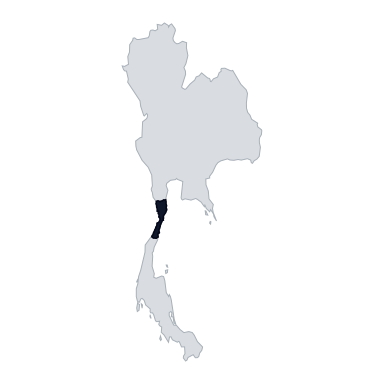 Thailand, with Prachuap Khiri Khan highlighted
{"feature_id": "THA-420", "entity_name": "Prachuap Khiri Khan", "entity_type": "Province", "adm_level": 1, "iso_a3": "THA", "parent_name": "Thailand", "parent_adm1": "", "projection": "equal_earth", "projection_center": [99.562, 11.796], "detail": "fine", "context": "in_parent", "style": "filled", "palette": "ink", "viewbox_px": 384, "rotation_deg": 0, "n_neighbors": 0, "source": "natural_earth", "source_scale": "10m", "svg_char_len": 6142}
<svg xmlns="http://www.w3.org/2000/svg" viewBox="0 0 384 384"><path d="M168.3,25.5L168.6,27.1L169.9,24.9L171.6,23.9L175.0,28.6L175.4,30.6L172.9,38.0L173.3,40.5L174.9,42.6L176.8,43.8L178.8,43.5L182.5,41.3L186.6,42.7L186.4,47.7L187.9,55.6L185.9,63.7L183.9,67.6L185.4,71.1L185.6,74.4L181.6,87.0L182.4,88.0L184.9,89.4L186.0,88.9L190.1,84.0L194.7,80.1L196.2,76.9L199.1,75.8L201.6,72.9L207.7,78.0L209.3,78.4L210.0,79.3L210.4,81.4L211.1,81.7L213.5,78.8L217.6,77.0L219.2,72.6L221.2,71.3L220.9,69.2L221.6,68.4L224.9,68.2L230.0,70.5L231.8,70.9L232.7,70.4L240.9,84.4L246.2,89.8L247.5,93.4L246.4,102.9L246.5,108.2L247.7,112.4L250.0,115.2L251.6,119.3L257.7,123.2L257.2,124.3L257.7,126.8L261.5,129.8L261.8,130.7L261.4,134.6L259.7,137.5L259.3,139.8L259.4,142.8L260.4,147.2L259.2,156.4L257.0,159.0L254.1,160.8L252.5,163.3L251.3,162.7L250.7,160.1L247.4,158.7L241.2,160.1L238.1,159.5L233.9,160.3L229.9,160.0L227.5,158.9L220.7,160.9L217.8,162.7L215.8,165.4L212.7,172.1L209.6,176.3L209.7,178.0L205.8,179.0L206.0,184.8L208.3,191.0L209.0,198.9L213.3,204.5L212.5,208.4L213.1,212.2L216.5,221.0L214.0,216.8L213.5,214.0L210.6,209.6L209.7,211.8L206.3,208.5L204.9,205.2L204.4,206.7L201.1,202.1L197.7,199.6L195.8,198.5L191.0,200.1L185.0,198.8L182.6,200.0L181.7,199.3L181.1,197.9L182.8,181.5L177.5,179.4L176.6,178.4L175.5,179.6L170.4,180.3L166.7,183.3L166.2,185.8L167.9,190.3L165.8,198.5L166.5,206.1L166.2,210.4L163.6,215.7L163.0,220.0L160.1,226.6L158.1,234.9L157.7,239.8L154.2,247.1L153.4,251.3L152.2,252.9L152.7,256.2L152.1,266.4L154.3,273.7L153.7,277.2L156.1,278.3L161.7,276.0L163.6,276.6L164.8,280.7L166.3,292.7L168.7,296.5L169.3,294.6L170.4,296.5L171.3,300.1L174.2,319.2L175.8,324.2L174.0,322.9L173.0,316.9L171.3,316.7L171.9,312.9L170.9,311.5L169.2,312.6L169.2,315.6L173.7,325.1L176.5,325.4L180.1,329.6L183.9,332.6L188.8,331.6L192.2,332.5L194.2,335.1L197.4,341.6L202.6,347.0L201.8,350.3L199.7,353.0L198.7,356.6L197.2,357.7L195.3,357.7L193.2,354.7L188.1,357.4L186.9,360.2L185.6,361.0L183.3,357.9L183.5,356.1L185.0,353.6L184.6,346.9L181.5,346.9L179.4,341.9L178.8,341.4L177.3,342.2L172.4,339.8L171.0,336.8L169.5,337.0L168.5,342.3L164.2,335.2L161.3,332.3L161.7,327.0L159.7,325.8L158.8,324.4L159.6,321.2L156.8,321.7L155.5,320.8L153.8,315.1L152.5,312.8L150.7,312.8L150.1,311.7L150.2,308.9L145.7,305.0L144.2,300.4L142.1,298.4L140.8,299.0L139.4,302.2L138.4,302.0L137.4,301.1L136.3,296.6L136.3,288.6L137.8,284.0L138.6,276.6L140.7,270.3L145.0,252.2L145.2,245.0L152.6,234.8L157.5,223.2L159.1,221.5L159.9,219.3L157.3,209.9L156.1,203.4L156.3,201.7L153.1,197.3L152.3,192.3L151.5,190.7L151.2,189.0L152.4,186.0L151.7,175.0L148.3,167.4L142.1,160.3L136.7,149.9L135.9,146.2L135.7,141.0L140.2,137.6L141.9,137.3L142.6,121.8L146.4,118.8L147.2,117.6L147.6,114.9L146.7,113.5L144.2,116.0L143.7,115.4L140.7,106.3L140.0,100.8L127.7,82.2L128.3,79.1L126.5,71.1L124.7,70.9L123.5,69.5L122.2,65.9L124.6,66.4L128.5,64.3L127.8,56.6L129.5,52.1L129.7,44.7L132.7,40.3L133.1,38.2L134.7,37.9L136.8,39.5L139.0,39.5L148.2,37.7L149.3,35.7L149.9,31.6L150.8,30.3L152.9,30.0L155.2,30.8L157.7,29.2L157.2,24.4L161.6,25.3L164.4,23.0L168.3,25.5ZM139.6,304.4L139.0,310.3L137.3,311.5L136.7,308.0L137.7,302.5L138.2,303.8L139.6,304.4ZM167.7,269.8L167.4,272.6L165.8,273.5L165.4,270.4L167.7,269.8ZM205.9,211.0L207.8,215.1L205.7,214.7L205.2,210.8L205.9,211.0ZM160.7,340.5L159.7,338.8L160.5,336.0L161.4,339.4L160.7,340.5ZM142.5,305.0L142.1,308.2L141.3,303.8L142.5,305.0ZM167.7,267.2L166.9,266.9L166.2,265.0L167.2,265.0L167.7,267.2ZM150.1,314.7L151.1,318.5L150.0,316.8L150.1,314.7ZM210.9,221.7L210.6,224.1L209.6,223.1L210.2,221.4L210.9,221.7ZM137.6,281.4L136.5,282.3L137.4,280.1L137.6,281.4Z" fill="#d9dde1" stroke="#a8b0b8" stroke-width="1"/><path d="M157.3,211.4L157.1,211.3L157.0,210.9L157.1,210.7L157.3,210.5L157.4,210.3L157.5,210.0L157.4,209.8L157.2,209.3L157.1,209.1L157.1,208.8L157.2,208.4L157.1,208.1L157.0,207.9L156.7,207.5L156.7,207.2L156.6,206.8L156.6,205.5L156.4,205.0L156.1,204.1L156.0,203.6L156.0,203.4L156.2,202.9L156.3,202.6L156.3,202.1L156.3,201.6L156.3,201.3L156.8,201.1L157.5,200.9L157.8,200.8L158.2,200.8L159.1,201.1L159.3,201.2L159.3,201.3L159.4,201.5L159.5,201.6L159.8,201.8L160.0,201.8L160.1,201.7L160.3,201.4L160.5,201.4L160.7,201.2L160.8,201.1L161.5,200.9L162.1,201.0L162.3,201.0L162.4,200.9L163.1,200.2L163.3,200.0L163.4,199.9L164.5,199.9L165.0,199.9L165.7,199.7L165.7,199.9L166.0,201.4L166.1,201.9L166.0,203.3L166.1,203.9L166.6,205.5L166.6,205.8L166.5,206.2L166.1,207.9L166.1,208.1L166.3,208.3L166.4,208.5L166.6,208.7L166.7,209.0L166.7,209.5L166.8,209.6L166.8,209.9L166.7,210.1L166.6,210.3L166.3,210.5L166.2,210.8L166.1,211.6L166.0,211.8L165.7,212.6L164.0,215.0L163.5,216.0L163.4,217.1L163.6,217.9L163.6,218.0L163.3,218.0L163.2,218.1L163.2,218.3L163.2,218.6L163.3,219.4L163.3,219.6L163.2,219.7L163.2,219.9L163.3,220.2L162.7,220.3L162.2,220.9L160.8,224.0L160.7,224.2L160.7,224.6L160.3,225.2L160.2,225.6L160.2,226.2L160.2,226.7L160.0,227.1L159.6,228.4L159.6,228.6L159.5,228.9L159.2,229.3L159.1,229.6L159.0,230.9L159.1,231.4L159.4,232.3L159.4,232.8L159.1,233.1L159.0,232.7L158.7,232.7L158.4,232.9L158.2,233.3L158.0,233.5L157.9,233.8L157.8,234.2L157.8,234.6L157.9,235.1L158.1,235.9L158.2,236.3L158.1,236.8L158.0,237.3L157.5,237.4L157.3,237.5L157.2,237.5L157.0,237.8L156.9,237.9L156.7,237.9L156.6,238.0L156.4,238.2L156.3,238.3L155.5,238.2L155.3,238.2L155.2,238.2L154.9,238.1L154.7,238.0L154.2,238.1L153.9,238.2L153.7,238.1L153.4,238.0L153.2,238.0L152.5,237.4L152.2,237.3L152.0,237.1L151.9,237.0L151.8,236.5L151.8,236.3L152.0,236.1L152.1,235.9L152.2,235.4L152.4,235.2L152.5,235.1L152.9,234.9L153.0,234.7L153.5,232.7L153.7,232.2L154.3,231.3L154.5,230.8L154.8,229.9L154.9,229.5L155.6,228.6L155.7,228.2L155.7,227.8L155.8,227.2L156.0,226.9L156.5,226.2L156.7,225.8L156.8,225.4L156.9,225.0L156.9,224.1L156.9,223.5L157.0,223.1L157.3,222.9L157.7,222.8L158.4,222.7L158.6,222.5L159.7,220.6L159.9,220.0L160.1,218.5L160.1,218.3L159.8,218.2L159.5,217.9L159.2,217.5L158.9,217.2L158.8,216.7L158.9,216.2L159.1,215.3L159.2,214.8L159.0,214.4L158.8,214.2L158.5,214.0L158.2,213.7L158.3,213.0L158.5,212.0L158.6,211.7L158.7,211.3L158.6,211.1L158.3,211.0L157.3,211.4Z" fill="#0f172a" stroke="#020617" stroke-width="1.5"/></svg>